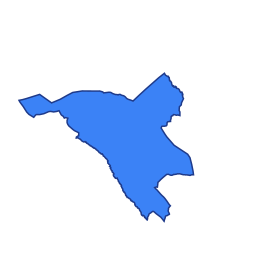 outline of Akatsi North, Volta, Ghana, rotated 318°
{"feature_id": "2480657B78562505377679", "entity_name": "Akatsi North", "entity_type": "district", "adm_level": 2, "iso_a3": "GHA", "parent_name": "Ghana", "parent_adm1": "Volta", "projection": "natural_earth1", "projection_center": [0.826, 6.311], "detail": "fine", "context": "isolated", "style": "filled", "palette": "blue", "viewbox_px": 256, "rotation_deg": 318, "n_neighbors": 0, "source": "geoboundaries", "source_scale": "gbopen_adm2", "svg_char_len": 5649}
<svg xmlns="http://www.w3.org/2000/svg" viewBox="0 0 256 256"><g transform="rotate(318 128 128)"><path d="M191.7,111.7L184.5,111.2L175.3,111.1L167.2,111.0L158.3,111.1L149.8,111.3L148.6,108.9L147.3,106.7L146.8,105.2L146.8,102.9L146.4,101.2L145.2,99.4L144.6,97.7L143.7,97.0L142.8,96.8L142.2,95.8L141.0,94.6L139.7,92.2L139.0,90.0L137.8,88.7L133.4,85.6L133.4,84.3L131.7,81.6L128.2,78.5L118.7,69.8L110.7,64.6L104.5,63.0L96.8,61.3L88.0,58.2L84.8,43.9L72.1,38.1L68.5,36.3L65.5,34.5L65.1,36.1L64.8,38.6L64.5,41.9L63.4,48.3L63.5,51.6L65.1,57.0L67.5,56.6L68.6,56.6L69.0,56.8L71.3,58.9L75.1,61.1L80.1,62.8L81.6,63.9L83.5,66.3L86.1,68.0L88.3,69.0L87.2,73.4L87.3,74.5L87.7,75.9L87.3,78.0L88.6,78.5L89.9,80.5L87.8,81.6L86.3,83.3L85.7,84.9L85.4,86.8L86.0,91.7L86.4,94.1L88.2,98.5L87.1,99.7L86.1,100.8L85.3,100.4L83.6,100.2L82.8,100.8L83.3,101.2L84.0,101.6L84.2,101.8L84.4,102.4L84.6,103.6L84.9,104.0L85.1,104.7L85.0,106.5L85.5,108.1L85.8,108.8L86.2,109.1L86.8,109.2L87.1,109.5L87.0,110.4L87.1,110.6L87.5,110.7L87.5,110.8L87.3,111.0L87.3,111.4L87.1,111.6L87.4,112.4L87.7,112.6L87.7,112.8L87.7,114.0L87.8,114.4L88.1,114.8L88.2,115.1L88.0,115.5L88.0,116.0L88.2,116.4L88.5,116.5L88.6,116.8L88.8,117.8L88.7,118.1L88.8,118.3L88.8,118.5L89.0,118.7L88.9,119.0L89.1,119.2L89.1,119.4L89.1,119.9L89.2,120.3L89.3,120.4L89.7,120.4L89.8,120.5L89.8,121.9L90.1,122.4L89.9,122.8L89.9,123.2L90.3,124.2L90.2,124.6L90.4,125.0L90.3,125.3L90.4,125.9L90.2,126.3L90.2,126.9L90.2,127.4L90.7,127.9L90.6,129.1L90.9,129.4L90.9,129.7L91.1,129.9L91.5,129.9L91.6,130.1L91.5,130.3L91.3,130.8L91.3,131.2L91.4,131.5L91.1,132.0L90.9,132.4L91.3,133.0L91.3,133.7L91.2,134.2L91.3,134.6L91.2,134.9L91.3,135.3L91.1,135.8L91.4,136.2L91.5,136.7L91.3,137.3L91.3,137.9L91.1,138.6L91.2,139.1L90.9,139.3L90.5,139.2L90.4,139.3L90.2,139.8L89.6,140.5L89.5,140.8L89.7,141.1L89.7,141.3L89.5,141.9L89.7,142.9L89.6,143.5L89.7,143.8L89.6,144.2L89.1,144.4L88.7,144.4L88.8,144.6L88.7,145.1L88.8,145.4L88.8,145.7L88.6,146.0L87.9,146.1L87.8,146.5L87.8,147.2L87.4,148.1L87.4,148.8L87.6,149.1L87.1,149.6L86.8,150.2L86.8,150.5L87.0,150.6L87.1,150.9L87.1,151.3L86.9,151.7L87.0,152.3L86.6,152.7L86.5,152.9L85.9,152.9L85.7,153.0L85.2,154.0L85.2,154.5L85.1,154.8L85.2,155.1L85.1,155.3L85.2,155.7L85.0,156.2L85.2,156.5L85.1,156.9L85.5,157.0L85.6,157.5L85.9,157.9L86.0,158.2L86.1,158.4L86.3,158.4L86.1,158.7L86.0,159.4L85.9,159.5L85.9,159.8L85.6,160.7L85.3,160.9L85.3,161.3L85.1,161.6L85.1,162.0L85.2,162.3L85.1,162.7L84.7,163.3L84.6,163.6L84.9,163.8L84.8,164.2L84.9,164.6L84.7,164.9L84.7,165.2L84.9,165.7L84.8,165.9L84.7,166.0L84.7,166.3L84.3,166.4L83.9,166.8L83.9,167.4L83.4,168.5L83.5,169.2L83.3,169.6L82.9,170.4L82.4,170.9L82.4,171.1L82.2,171.5L82.4,172.1L82.3,172.5L82.1,172.9L82.3,173.0L82.2,173.5L82.4,173.7L82.1,174.4L82.1,174.8L81.9,175.5L81.4,176.1L81.4,176.4L81.3,176.6L81.4,176.8L81.5,177.2L81.4,177.6L81.3,178.0L81.1,178.0L81.1,178.5L80.9,179.1L81.0,179.2L81.3,179.3L81.4,179.6L81.6,180.0L81.6,181.0L81.9,181.3L82.0,182.0L82.1,183.1L81.7,183.4L81.6,184.2L81.7,184.5L81.9,184.6L81.9,184.8L82.2,185.0L82.1,185.7L82.1,185.9L82.4,186.4L82.5,186.7L82.8,187.3L82.7,188.4L81.7,189.7L81.9,190.2L81.6,190.4L81.5,190.7L81.5,191.9L81.9,192.4L82.1,192.8L81.7,193.5L81.6,193.8L81.8,194.2L81.8,194.4L82.1,194.6L82.1,195.1L82.3,195.5L81.7,196.7L81.5,198.0L81.4,198.2L81.4,198.5L81.2,199.6L80.7,200.2L80.2,200.9L79.9,201.8L80.0,202.0L80.1,202.9L80.6,202.8L80.8,202.9L80.9,203.4L80.9,204.0L81.2,204.4L81.1,204.8L80.8,204.9L80.5,205.6L80.8,205.7L80.9,205.8L80.9,206.4L80.7,206.9L80.8,207.2L80.8,207.5L80.9,207.8L80.6,208.0L80.6,208.8L80.8,209.2L81.9,208.5L82.4,207.7L83.7,207.1L84.6,206.9L85.7,206.2L86.3,206.0L86.7,206.0L88.0,206.3L88.9,206.3L90.5,206.5L91.0,206.9L91.3,207.8L91.6,210.6L92.7,216.1L92.6,219.1L92.4,221.5L92.8,221.3L93.3,220.8L95.6,219.6L96.6,218.8L96.8,218.7L97.2,218.7L97.8,218.9L98.5,219.3L98.8,219.4L100.0,219.5L100.7,219.8L101.1,219.8L101.4,219.3L102.0,217.3L102.4,216.4L103.6,215.6L104.4,214.7L106.8,214.2L107.4,214.2L107.4,212.4L108.0,208.1L108.2,206.0L108.3,204.6L108.3,202.9L108.1,201.2L108.0,199.0L108.1,192.9L107.9,191.9L108.0,190.1L109.9,191.0L110.3,191.6L112.5,189.7L113.9,188.4L115.2,188.4L118.0,188.2L121.3,188.2L125.8,188.4L127.2,189.6L127.5,190.5L128.3,191.9L129.0,192.5L129.7,192.8L130.7,193.0L130.8,193.2L131.1,193.2L131.5,193.7L133.6,195.0L134.4,195.3L135.1,196.2L135.6,196.4L136.0,196.9L136.8,198.2L137.8,199.7L139.0,200.8L139.3,201.3L140.6,202.4L140.8,202.8L141.7,203.8L141.9,204.2L142.5,204.8L144.1,205.4L145.4,206.6L147.5,203.5L151.0,197.6L154.2,191.5L154.8,187.4L150.7,171.7L150.9,160.6L151.3,157.5L152.6,150.2L154.2,149.4L154.8,149.7L156.6,151.3L157.2,151.5L157.7,151.9L158.1,152.0L158.9,151.8L159.4,151.4L160.7,150.1L161.7,150.0L161.9,150.1L164.0,151.6L164.6,150.7L164.9,150.7L165.4,150.3L166.2,149.9L167.7,148.4L168.1,148.3L168.2,148.5L169.0,148.5L169.6,148.8L170.7,148.4L171.8,149.6L172.4,150.8L173.8,151.7L174.9,153.5L177.3,150.8L177.8,149.1L180.4,146.6L183.0,146.5L184.6,145.1L188.9,143.3L189.3,141.9L189.3,141.5L190.1,140.9L190.4,139.8L190.8,140.0L191.2,139.8L191.6,138.8L191.6,138.4L192.1,137.6L192.1,137.4L192.0,137.2L191.2,137.2L191.0,136.9L191.0,136.7L191.1,135.6L191.7,133.9L191.8,133.2L191.5,132.1L190.6,131.0L190.7,130.9L190.8,130.5L191.3,130.0L191.2,129.0L190.2,129.1L189.8,128.5L189.6,128.4L190.2,127.5L189.9,126.8L189.3,126.8L189.2,126.5L190.1,124.2L190.7,123.4L191.0,121.7L190.6,121.2L190.7,120.5L191.0,120.5L191.1,120.3L191.1,120.0L191.2,119.6L191.6,119.2L191.8,118.8L192.0,118.6L192.1,118.3L192.3,118.1L192.1,117.8L192.0,117.3L192.2,117.0L192.3,117.0L192.5,116.9L192.6,116.6L191.8,115.7L191.2,113.8L191.7,111.7Z" fill="#3b82f6" stroke="#1e3a8a" stroke-width="1.5"/></g></svg>